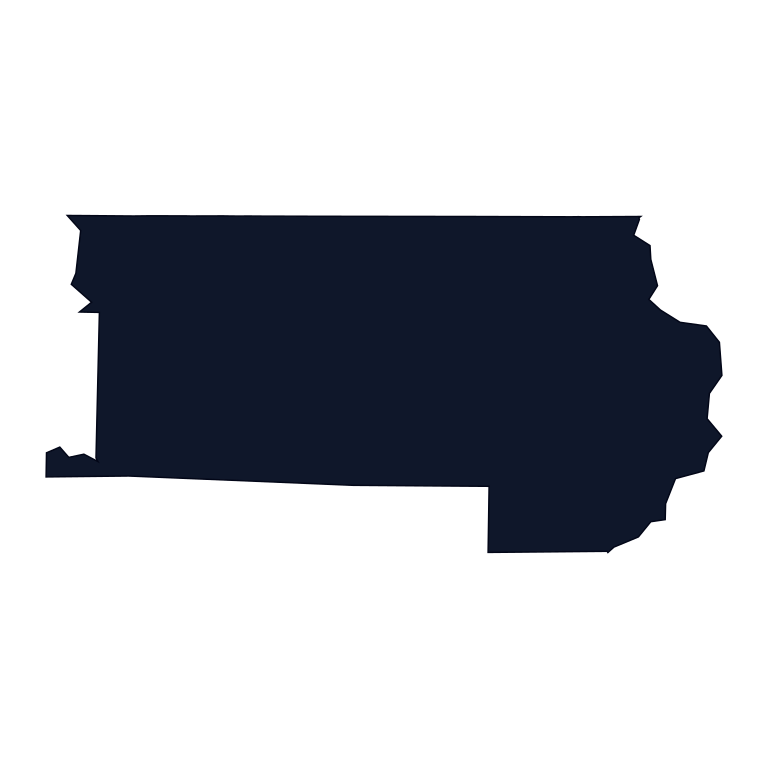 the district of Clay, Arkansas, United States of America
{"feature_id": "52423323B51482059036815", "entity_name": "Clay", "entity_type": "district", "adm_level": 2, "iso_a3": "USA", "parent_name": "United States of America", "parent_adm1": "Arkansas", "projection": "orthographic", "projection_center": [-90.411, 36.349], "detail": "fine", "context": "isolated", "style": "filled", "palette": "ink", "viewbox_px": 768, "rotation_deg": 0, "n_neighbors": 0, "source": "geoboundaries", "source_scale": "gbopen_adm2", "svg_char_len": 907}
<svg xmlns="http://www.w3.org/2000/svg" viewBox="0 0 768 768"><path d="M67.3,215.5L80.7,230.5L75.9,273.3L71.3,284.3L91.6,302.2L79.5,312.0L99.4,312.4L96.0,457.9L98.0,461.6L83.9,454.2L68.8,457.4L59.8,447.1L46.5,452.8L46.1,476.9L128.7,476.0L353.1,485.3L489.1,486.3L488.1,552.4L607.2,551.3L607.9,552.5L613.9,547.1L638.4,536.9L650.8,521.7L665.2,519.6L665.6,503.7L675.5,478.6L703.9,470.9L708.3,452.6L721.7,436.2L707.1,418.7L709.4,393.4L721.9,375.4L719.4,342.3L706.4,326.0L680.0,322.3L660.4,310.0L648.8,299.4L657.5,285.7L650.8,259.4L650.0,245.6L634.4,235.7L633.7,235.2L639.4,219.4L638.9,217.8L640.6,216.5L603.0,216.7L581.8,216.8L578.7,216.7L571.3,216.8L470.6,216.5L330.3,216.3L329.8,216.3L325.2,216.3L256.3,216.1L256.2,216.1L247.9,216.0L239.8,216.1L229.7,216.0L223.2,215.9L190.6,216.0L186.3,215.9L150.2,215.8L133.7,216.0L84.3,215.6L69.1,215.5L67.3,215.5Z" fill="#0f172a" stroke="#020617" stroke-width="1.5"/></svg>